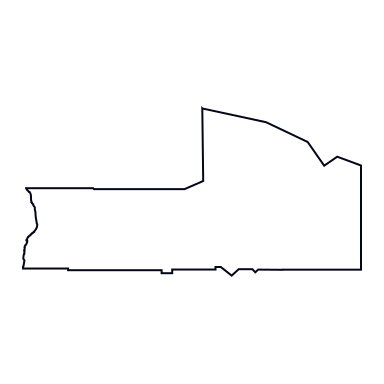 the district of 83, Ar Rayyān, Qatar
{"feature_id": "91078587B29732052080276", "entity_name": "83", "entity_type": "district", "adm_level": 2, "iso_a3": "QAT", "parent_name": "Qatar", "parent_adm1": "Ar Rayyān", "projection": "mercator", "projection_center": [50.853, 25.078], "detail": "fine", "context": "isolated", "style": "outline", "palette": "ink", "viewbox_px": 384, "rotation_deg": 0, "n_neighbors": 0, "source": "geoboundaries", "source_scale": "gbopen_adm2", "svg_char_len": 1604}
<svg xmlns="http://www.w3.org/2000/svg" viewBox="0 0 384 384"><path d="M282.4,269.8L282.4,269.7L361.0,269.7L361.0,165.5L337.2,156.7L324.2,165.7L307.7,142.0L266.0,122.2L202.4,108.5L202.3,108.4L203.2,181.0L184.6,189.1L94.0,189.1L93.1,188.2L26.1,188.2L26.1,188.3L26.1,188.5L26.7,189.1L27.2,189.6L27.2,190.1L28.4,191.2L28.7,191.8L29.6,191.9L30.7,194.2L30.9,195.3L31.1,200.6L31.3,201.0L31.3,202.2L31.5,202.3L31.9,202.4L32.0,203.3L32.8,204.0L33.2,204.2L33.2,205.0L33.4,205.2L33.5,205.4L33.7,206.0L33.9,206.2L34.3,206.5L34.8,207.4L34.8,209.3L35.2,211.1L35.4,211.8L35.7,216.6L35.9,218.2L36.1,218.8L36.1,219.5L36.4,221.1L36.6,221.8L36.6,222.5L36.8,223.6L37.1,223.9L37.3,224.8L36.8,227.5L36.6,227.8L36.2,228.9L35.7,229.4L35.2,230.3L34.8,230.7L34.3,231.4L34.2,231.9L33.6,231.9L33.5,232.0L33.4,232.3L32.6,233.2L32.2,233.1L31.7,233.5L31.6,233.9L31.3,234.4L30.7,234.4L30.6,234.5L30.5,234.8L29.7,235.8L29.2,235.9L28.3,236.7L28.3,237.1L27.7,237.4L27.5,238.0L27.1,239.0L27.0,239.9L26.5,239.9L26.4,240.5L26.7,240.6L27.0,240.8L27.3,241.0L27.1,242.4L26.9,242.6L26.4,244.0L25.7,244.9L25.6,245.3L25.2,245.4L24.6,246.8L24.8,246.9L24.8,247.9L24.6,248.1L24.6,249.5L24.3,249.7L24.2,250.3L24.1,251.0L24.3,251.3L24.5,251.3L24.3,253.8L24.0,253.8L23.9,254.1L23.9,254.5L23.5,255.9L23.3,258.4L23.5,259.1L24.2,260.0L24.4,260.6L23.9,263.8L23.7,264.3L23.7,265.2L23.5,265.4L23.3,266.6L23.0,266.8L23.0,268.5L68.1,268.5L68.1,270.2L161.6,270.2L161.6,273.2L172.2,273.2L172.2,269.5L215.5,269.5L215.5,267.0L220.8,267.0L231.7,275.6L238.7,269.2L252.4,269.2L255.3,272.3L258.2,269.6L282.4,269.8Z" fill="none" stroke="#020617" stroke-width="2"/></svg>